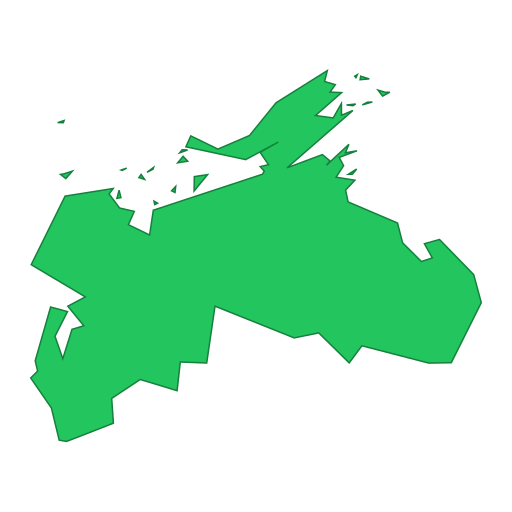 outline of Helgafellssveit, Vesturland, Iceland
{"feature_id": "244011B42475995928988", "entity_name": "Helgafellssveit", "entity_type": "district", "adm_level": 2, "iso_a3": "ISL", "parent_name": "Iceland", "parent_adm1": "Vesturland", "projection": "orthographic", "projection_center": [-22.792, 64.982], "detail": "medium", "context": "isolated", "style": "filled", "palette": "green", "viewbox_px": 512, "rotation_deg": 0, "n_neighbors": 0, "source": "geoboundaries", "source_scale": "gbopen_adm2", "svg_char_len": 1905}
<svg xmlns="http://www.w3.org/2000/svg" viewBox="0 0 512 512"><path d="M31.2,264.7L85.3,296.9L67.8,306.2L83.8,325.8L72.0,329.3L62.8,358.7L55.0,336.3L67.5,311.6L50.6,307.0L35.2,360.8L37.6,371.1L30.7,378.0L51.4,408.0L59.2,440.2L66.7,441.4L113.4,423.2L111.7,398.4L140.2,379.5L177.1,390.7L180.3,362.0L206.7,363.0L215.0,306.2L294.2,337.9L318.7,332.9L349.2,362.9L361.9,345.8L428.8,363.1L451.3,362.7L481.3,302.7L473.7,274.6L439.5,239.5L424.4,243.7L432.3,257.9L421.4,261.5L402.6,242.8L397.5,223.0L348.1,201.9L345.6,190.1L354.9,180.2L336.1,177.2L343.6,165.7L339.2,157.4L357.0,150.8L345.4,152.8L348.9,144.3L326.4,165.3L330.1,161.0L322.4,154.6L287.1,167.8L352.9,110.5L341.5,115.2L341.4,103.5L333.2,117.9L315.5,115.5L341.6,92.6L330.1,92.1L335.3,84.7L324.6,81.5L327.3,70.6L276.1,102.7L249.5,135.5L217.9,149.1L190.8,135.9L185.9,146.8L245.7,159.6L278.4,142.0L260.1,152.3L268.5,164.7L260.2,166.6L264.2,171.1L262.5,174.2L153.3,210.2L149.6,235.0L128.4,224.7L134.3,211.4L119.6,208.0L109.1,194.0L113.2,188.5L65.1,196.1L31.2,264.7ZM207.6,174.6L194.3,176.6L194.1,191.0L207.6,174.6ZM72.4,171.1L63.7,173.9L60.5,174.4L65.8,178.6L72.4,171.1ZM187.7,161.2L183.1,156.3L177.7,162.8L187.7,161.2ZM369.3,78.9L360.7,76.2L360.1,79.7L369.3,78.9ZM378.0,90.1L382.6,96.1L389.8,92.2L385.4,92.3L378.0,90.1ZM120.9,197.6L119.1,190.2L116.9,198.4L120.9,197.6ZM367.3,102.2L362.3,104.9L372.3,102.0L367.3,102.2ZM175.0,192.5L175.7,186.4L171.6,190.8L175.0,192.5ZM352.4,174.2L356.7,169.0L348.3,174.3L352.4,174.2ZM187.6,150.0L182.2,149.7L179.7,152.8L187.6,150.0ZM355.7,104.0L346.5,105.0L353.0,105.7L355.7,104.0ZM154.7,204.6L157.6,203.2L154.0,201.1L154.7,204.6ZM147.0,172.3L153.0,169.2L153.6,167.4L147.0,172.3ZM144.6,179.4L141.1,174.4L138.9,177.6L144.6,179.4ZM355.9,77.7L357.3,74.7L354.7,76.2L355.9,77.7ZM122.3,170.4L126.7,168.1L121.2,170.0L122.3,170.4ZM63.3,122.7L64.1,120.5L57.7,122.6L63.3,122.7Z" fill="#22c55e" stroke="#15803d" stroke-width="1.5"/></svg>